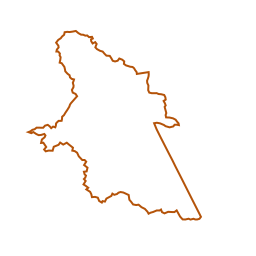 outline of Barão do Triunfo, Rio Grande do Sul, Brazil, rotated 286°
{"feature_id": "56859067B82234756423310", "entity_name": "Barão do Triunfo", "entity_type": "district", "adm_level": 2, "iso_a3": "BRA", "parent_name": "Brazil", "parent_adm1": "Rio Grande do Sul", "projection": "orthographic", "projection_center": [-51.79, -30.431], "detail": "fine", "context": "isolated", "style": "outline", "palette": "amber", "viewbox_px": 256, "rotation_deg": 286, "n_neighbors": 0, "source": "geoboundaries", "source_scale": "gbopen_adm2", "svg_char_len": 2849}
<svg xmlns="http://www.w3.org/2000/svg" viewBox="0 0 256 256"><g transform="rotate(286 128 128)"><path d="M96.6,33.4L96.4,36.5L98.0,38.1L96.9,41.6L96.5,44.1L97.4,46.4L99.2,49.2L98.1,50.7L96.1,50.4L93.2,48.4L89.7,48.6L90.5,50.7L87.2,54.6L84.2,53.3L82.9,55.3L84.4,57.9L85.4,61.8L89.5,61.8L92.7,65.9L95.3,66.8L94.2,70.3L97.0,73.2L95.9,75.6L93.9,80.5L90.9,80.7L91.1,83.2L90.2,85.9L87.2,88.5L84.6,92.9L85.3,95.1L84.1,97.1L80.3,96.0L78.7,100.0L74.9,100.2L73.8,97.7L71.5,99.1L70.7,100.7L68.5,100.6L66.8,99.7L65.4,101.9L61.5,100.8L60.8,103.2L59.6,106.2L57.5,104.9L56.2,109.2L54.2,111.0L51.6,112.4L52.7,115.3L52.7,118.2L49.9,120.4L49.1,123.4L50.7,123.7L50.9,126.1L54.2,126.7L58.1,130.7L60.6,131.1L60.0,133.2L61.5,135.6L63.2,136.7L64.4,138.5L64.7,141.3L63.8,147.1L59.4,149.1L57.9,151.4L55.9,154.0L56.2,157.1L57.2,159.3L55.6,162.8L54.9,166.5L52.9,169.8L51.3,171.4L52.8,173.0L54.2,175.3L56.7,178.4L57.4,181.1L58.7,182.2L56.5,183.9L56.0,186.6L58.5,189.7L59.3,193.3L60.0,195.8L62.2,197.5L57.2,202.5L55.2,205.7L55.8,208.2L57.5,211.3L57.2,213.3L58.8,216.0L58.6,217.9L59.2,219.8L60.4,221.7L62.7,222.6L66.3,219.3L76.5,209.8L94.9,192.8L104.0,184.3L109.3,179.5L115.0,174.1L127.4,162.5L134.6,155.9L139.8,151.8L141.0,154.3L141.3,157.6L140.8,161.7L140.1,163.6L140.1,167.8L142.0,171.1L144.0,171.9L144.6,173.9L144.8,176.1L146.4,175.3L147.7,173.3L149.1,171.5L149.7,168.6L149.5,165.1L148.7,161.7L150.8,160.6L152.9,160.7L154.6,159.7L156.4,158.6L158.4,157.4L160.1,158.0L162.0,156.6L163.8,154.8L165.7,156.4L167.9,155.4L169.7,153.7L169.6,150.6L169.1,148.1L169.4,145.9L168.8,144.1L168.0,141.3L167.9,138.7L169.9,137.0L172.8,136.3L174.5,135.9L176.6,134.1L178.7,133.3L181.0,133.5L183.4,133.5L185.5,133.1L187.4,132.4L182.4,121.6L184.1,120.9L185.7,118.8L187.1,117.4L187.9,115.6L187.5,113.1L187.6,111.0L187.6,108.9L188.5,106.4L191.0,106.0L192.1,103.6L192.4,100.5L189.8,99.5L188.4,97.2L188.4,94.8L190.3,92.9L192.3,90.6L191.6,87.3L193.0,84.8L194.5,82.6L194.5,79.8L195.3,76.4L196.5,74.4L198.3,74.5L200.1,74.7L201.5,72.8L199.5,70.7L201.3,68.7L203.0,68.0L204.3,69.5L205.7,68.3L204.6,65.5L205.7,63.3L205.0,61.5L205.3,59.2L204.8,57.2L205.5,54.2L206.9,51.1L205.3,48.0L204.1,45.3L203.7,43.1L202.6,40.7L200.0,40.9L197.8,39.4L195.7,38.6L193.5,36.7L191.8,36.0L190.2,35.4L187.9,38.4L186.3,39.1L183.8,38.0L181.8,38.1L182.2,39.9L180.8,42.0L179.0,42.2L177.5,43.7L174.9,44.1L172.0,44.3L172.0,46.4L169.2,50.0L166.9,51.3L165.2,52.1L163.5,54.9L162.6,57.3L160.7,58.3L159.7,60.3L159.8,62.7L157.9,62.7L156.2,62.5L153.8,64.0L152.1,64.3L149.1,63.6L146.8,65.1L146.3,68.2L144.5,70.3L136.1,66.3L134.5,65.8L132.3,65.7L128.7,64.7L125.4,63.6L122.7,62.9L120.7,61.6L118.3,62.1L116.6,62.2L115.7,59.3L114.2,58.4L112.6,57.6L110.3,58.0L108.6,57.9L108.7,55.6L106.7,54.2L108.0,52.3L108.9,50.0L107.4,47.6L104.9,46.4L103.1,40.0L101.1,38.6L99.9,36.6L98.0,35.2L96.6,33.4Z" fill="none" stroke="#b45309" stroke-width="2"/></g></svg>